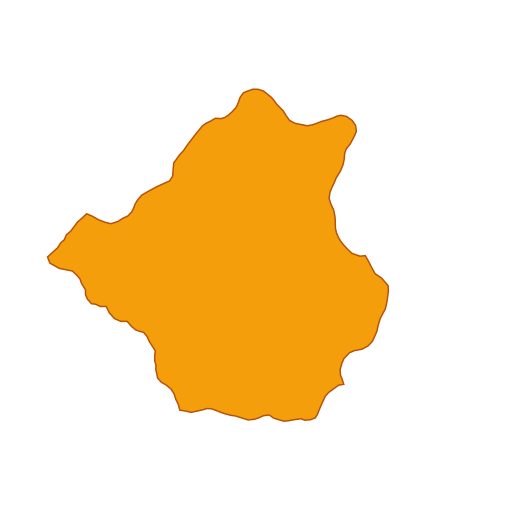 Romaria, Minas Gerais, Brazil, rotated 313°
{"feature_id": "56859067B48307844674994", "entity_name": "Romaria", "entity_type": "district", "adm_level": 2, "iso_a3": "BRA", "parent_name": "Brazil", "parent_adm1": "Minas Gerais", "projection": "orthographic", "projection_center": [-47.56, -18.907], "detail": "fine", "context": "isolated", "style": "filled", "palette": "amber", "viewbox_px": 512, "rotation_deg": 313, "n_neighbors": 0, "source": "geoboundaries", "source_scale": "gbopen_adm2", "svg_char_len": 2634}
<svg xmlns="http://www.w3.org/2000/svg" viewBox="0 0 512 512"><g transform="rotate(313 256 256)"><path d="M91.3,305.3L94.8,310.6L97.5,315.3L101.9,318.3L107.1,321.9L110.9,324.1L113.8,327.5L115.7,331.8L117.3,336.0L119.3,340.6L122.1,345.9L125.0,350.1L128.1,356.5L130.7,362.0L135.5,366.2L139.5,368.4L144.3,370.4L148.7,374.0L149.5,379.5L151.8,384.3L154.1,388.9L157.3,391.8L162.9,396.0L167.5,399.8L169.2,403.7L173.3,407.4L177.9,409.7L181.8,409.0L185.7,407.5L190.9,405.5L196.5,403.7L200.6,402.3L205.9,402.2L212.7,403.5L218.0,404.6L222.0,407.7L224.7,402.9L226.4,399.2L229.9,395.3L235.4,392.3L240.7,390.3L248.9,390.3L254.1,392.6L260.2,397.1L266.8,399.3L273.1,399.3L278.5,397.5L283.6,395.7L288.5,392.7L294.8,389.6L300.4,388.0L305.3,386.7L309.7,384.3L313.8,381.6L317.2,379.2L320.8,376.6L324.4,372.8L325.5,363.1L324.3,355.1L326.4,348.5L328.4,343.2L330.8,335.7L326.8,332.2L325.1,328.4L323.4,324.4L323.4,318.3L323.9,311.9L324.7,307.3L326.0,303.1L327.9,298.9L330.3,295.4L333.3,292.3L336.4,289.4L339.3,286.1L342.7,281.2L345.1,275.2L348.1,270.0L353.3,266.5L358.8,264.5L362.7,263.3L367.7,261.4L375.7,259.8L381.9,257.5L387.0,254.5L391.3,251.0L395.7,249.0L402.2,248.5L407.0,247.2L411.6,245.9L415.6,244.4L419.3,239.9L420.7,234.3L419.9,227.2L416.8,222.1L413.3,219.7L409.7,218.3L403.9,215.2L399.1,212.1L395.0,210.2L390.7,208.0L386.1,204.6L383.6,200.4L379.7,194.2L378.0,187.9L379.3,182.1L380.7,177.0L380.9,172.4L381.1,167.7L382.0,163.2L382.5,158.9L382.2,154.7L381.8,149.0L379.4,143.9L375.8,139.9L370.7,137.3L366.8,135.5L361.1,136.2L355.7,138.6L351.4,140.1L345.4,140.2L340.2,139.7L336.2,138.8L332.7,136.8L329.0,132.4L322.9,130.5L318.5,128.8L314.6,128.1L309.5,128.4L303.2,128.8L298.4,129.3L294.5,129.6L289.5,130.2L284.0,131.1L277.7,131.1L273.4,131.7L267.9,132.4L262.5,136.6L257.7,140.5L252.0,141.6L246.3,139.2L240.1,136.6L234.9,134.8L229.2,132.9L222.4,130.9L216.9,131.1L212.1,132.0L208.4,133.5L203.8,135.0L197.9,135.0L192.8,132.9L187.2,131.5L180.8,128.0L177.9,123.0L175.1,116.1L173.6,109.6L171.4,103.3L165.7,103.0L159.3,102.3L154.0,102.9L147.8,103.5L142.3,102.9L136.9,104.7L132.7,104.2L126.5,105.3L119.7,104.7L113.1,104.2L110.2,110.2L111.7,116.1L112.9,120.9L115.7,125.3L119.7,131.8L119.8,138.0L119.2,142.8L116.9,147.3L115.0,154.3L111.4,157.8L109.5,162.1L108.9,168.2L111.4,171.7L112.9,176.6L116.9,180.8L114.4,187.6L113.7,195.1L116.0,201.7L120.3,206.3L119.6,213.1L119.9,218.5L121.6,222.3L123.5,225.9L122.8,231.3L120.8,236.0L119.2,242.1L118.0,247.0L113.9,250.0L110.3,253.4L107.8,257.4L104.6,260.2L102.3,263.6L99.6,267.3L99.1,272.7L100.4,278.4L100.7,284.7L99.2,290.5L96.5,295.0L94.6,300.2L91.3,305.3Z" fill="#f59e0b" stroke="#b45309" stroke-width="1.5"/></g></svg>